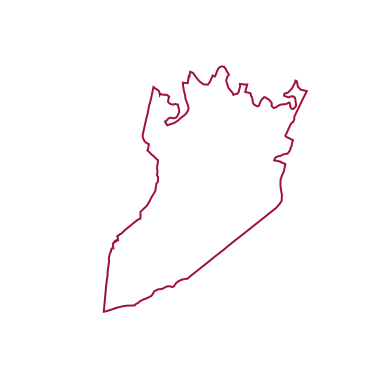 Calui, Olt, Romania (Robinson projection), rotated 298°
{"feature_id": "2599482B47257353667324", "entity_name": "Calui", "entity_type": "district", "adm_level": 2, "iso_a3": "ROU", "parent_name": "Romania", "parent_adm1": "Olt", "projection": "robinson", "projection_center": [24.053, 44.456], "detail": "fine", "context": "isolated", "style": "outline", "palette": "rose", "viewbox_px": 384, "rotation_deg": 298, "n_neighbors": 0, "source": "geoboundaries", "source_scale": "gbopen_adm2", "svg_char_len": 6076}
<svg xmlns="http://www.w3.org/2000/svg" viewBox="0 0 384 384"><g transform="rotate(298 192 192)"><path d="M335.0,246.0L333.4,239.8L334.7,236.1L339.1,232.4L338.9,231.0L337.4,231.6L333.9,231.7L330.4,231.6L327.1,230.8L325.3,230.2L324.1,229.4L322.7,227.8L321.9,227.4L320.4,228.0L320.2,228.3L320.5,230.3L320.6,231.4L320.7,232.0L320.9,232.7L321.3,233.3L322.9,234.6L323.5,235.2L324.0,237.3L323.7,237.9L323.6,238.5L323.1,239.1L317.4,243.3L315.4,243.3L313.2,242.6L312.6,242.2L312.4,241.5L312.4,240.9L312.8,239.6L313.1,239.1L314.1,238.2L315.2,237.6L316.0,236.9L316.3,236.4L316.7,236.1L316.6,235.7L315.9,235.2L315.1,234.6L314.3,234.2L313.6,233.6L312.7,232.0L310.9,229.4L309.7,228.4L308.1,227.3L307.2,227.0L305.4,225.7L304.5,224.7L305.2,222.1L308.2,220.4L308.5,219.2L309.3,218.0L309.5,216.7L309.8,215.9L309.8,215.6L309.7,214.5L309.7,213.7L310.1,212.9L310.1,212.4L309.9,212.0L309.5,211.2L309.1,211.0L307.3,210.5L306.2,210.1L303.5,210.1L300.4,210.5L299.1,210.4L298.7,210.0L298.4,209.5L298.3,208.7L298.3,205.7L298.9,204.9L299.4,203.9L300.3,203.3L300.6,203.0L303.2,201.1L303.9,200.4L304.4,199.3L304.7,198.9L305.4,198.3L306.6,197.5L306.6,196.8L305.3,192.0L312.8,190.3L311.9,188.6L311.5,187.8L310.6,185.2L309.8,183.6L308.4,184.6L307.3,185.0L305.5,185.4L302.5,186.2L301.6,186.2L300.9,186.1L300.2,185.9L299.5,185.4L298.8,184.4L297.2,182.9L297.7,182.5L298.4,181.6L301.2,175.0L302.1,174.1L305.6,170.7L306.4,170.0L306.9,169.7L307.5,169.5L308.8,169.4L310.5,169.0L312.5,169.6L313.2,169.2L313.5,168.8L314.5,166.7L316.0,164.7L316.8,163.3L317.3,162.5L317.4,161.9L317.4,161.4L317.4,160.9L317.2,160.2L316.9,159.5L316.6,158.9L315.3,158.0L314.5,157.6L313.9,157.4L310.3,157.3L309.8,157.4L308.4,157.7L305.5,158.0L304.6,157.9L304.6,155.6L297.8,156.1L294.2,155.6L292.4,151.4L293.3,146.4L294.4,143.5L297.6,137.0L297.4,134.0L292.7,135.5L292.7,134.8L286.1,137.1L284.2,132.6L280.7,134.9L278.2,136.8L276.2,138.6L274.8,139.9L272.9,141.4L271.6,142.2L266.5,147.8L264.6,149.5L263.2,150.0L261.1,150.2L259.0,150.1L257.2,149.7L252.6,147.5L248.5,146.1L244.6,143.9L241.8,141.1L239.5,139.2L239.4,138.5L240.1,137.4L240.8,136.2L241.6,135.1L242.4,135.7L243.1,136.0L244.1,136.3L244.9,136.4L246.0,136.8L247.4,137.8L247.6,138.4L248.3,140.8L248.5,141.3L249.4,142.2L250.6,143.1L251.5,143.4L252.8,143.4L256.0,143.3L256.9,143.0L258.8,141.8L261.9,138.9L262.5,138.5L262.3,138.2L262.0,136.1L260.8,134.9L260.1,133.6L259.7,132.5L259.6,130.9L260.1,129.1L260.8,128.2L262.1,127.8L265.5,127.1L265.7,125.5L266.0,124.7L265.7,123.3L265.1,122.4L264.5,121.3L263.9,119.1L263.8,118.2L263.7,118.0L263.4,117.9L262.9,117.9L263.2,117.7L264.0,116.8L264.9,116.3L265.6,115.3L266.0,113.8L266.0,113.2L266.1,112.6L266.1,111.7L266.1,111.0L266.3,110.5L266.6,108.7L254.5,112.2L253.6,112.3L251.3,113.0L248.9,113.4L245.5,114.3L244.1,114.9L241.6,115.7L235.7,117.1L219.8,121.5L218.3,122.1L217.4,122.8L216.3,123.9L215.1,125.4L214.4,126.6L214.1,127.5L213.9,130.3L214.0,131.4L213.4,131.7L210.2,132.7L209.1,133.1L208.2,133.1L207.8,133.1L207.4,134.8L206.8,136.5L206.0,139.4L206.0,139.9L205.7,140.8L205.5,141.7L204.4,145.4L204.1,146.9L204.0,147.1L203.6,147.3L201.1,148.4L199.3,148.8L197.2,149.6L196.6,150.0L195.8,150.4L195.5,150.8L194.3,151.6L192.6,152.4L190.8,152.9L190.4,153.2L190.1,153.6L189.9,153.9L189.6,154.7L189.1,155.2L187.9,155.6L187.4,156.0L186.5,156.5L185.1,157.0L184.6,157.0L184.2,157.0L183.1,156.6L182.8,156.6L180.5,157.5L178.5,158.0L177.6,158.5L176.0,159.0L173.2,159.1L170.1,158.8L167.5,158.7L166.1,158.8L164.1,158.8L163.2,159.0L162.9,158.9L162.1,158.6L160.4,158.8L159.5,158.7L158.8,158.6L156.5,157.9L154.3,157.1L152.0,156.4L150.6,155.9L149.4,156.2L146.9,157.7L144.7,158.6L144.1,158.9L144.0,158.7L143.4,158.2L142.0,157.2L141.1,156.7L135.7,154.3L133.9,153.8L130.6,152.2L125.9,150.3L123.8,149.7L122.1,149.1L121.5,148.7L121.1,148.2L119.8,147.9L119.2,147.7L118.5,146.8L117.9,146.8L117.6,147.0L115.4,149.0L114.6,149.5L114.4,149.4L114.4,149.2L114.4,148.8L114.2,148.2L113.9,147.8L113.5,147.7L112.7,148.1L112.4,147.9L112.3,147.5L112.3,147.0L112.3,146.8L111.9,146.8L111.7,147.2L111.4,147.2L111.0,147.0L110.5,146.9L110.4,146.7L110.1,146.5L109.1,146.6L108.3,146.9L107.0,147.8L105.3,149.1L105.2,148.9L105.1,148.2L104.9,147.9L104.5,147.7L104.0,147.6L102.1,148.0L101.5,148.3L99.0,148.5L97.9,148.7L94.8,149.6L93.9,149.9L93.4,150.6L88.8,152.5L86.1,153.4L81.4,155.2L79.2,156.3L78.4,156.8L77.0,157.2L70.9,159.4L68.0,160.6L44.9,170.3L45.3,170.9L46.1,171.8L47.4,173.2L52.6,178.2L53.3,178.9L53.5,178.8L58.7,184.6L59.8,186.0L60.9,187.7L61.4,188.4L62.3,190.1L62.6,190.7L64.3,193.5L64.5,194.0L65.2,194.8L66.1,194.9L67.1,195.2L68.3,196.2L68.8,196.5L70.9,197.3L71.8,197.8L74.6,199.8L75.2,200.3L75.7,200.9L76.9,201.8L78.4,203.1L79.8,203.8L80.0,203.9L80.8,204.8L81.4,204.9L81.8,205.1L82.9,205.1L84.9,205.4L85.4,205.1L86.0,205.1L87.5,205.7L87.9,206.3L88.8,207.0L89.7,207.3L91.5,209.7L91.7,210.4L92.3,211.0L92.8,211.3L93.5,212.0L93.8,212.1L94.8,212.7L96.4,213.8L97.3,214.9L98.4,216.7L98.8,219.0L99.2,219.6L99.8,220.1L100.2,220.3L103.2,220.6L103.7,220.7L104.6,220.8L105.0,221.0L105.5,221.5L105.9,221.7L106.4,221.9L106.9,221.9L107.2,222.1L108.3,223.1L109.0,223.5L110.0,224.3L111.4,226.2L112.1,226.8L112.9,228.0L113.2,228.7L117.1,230.1L135.5,238.2L145.7,242.5L150.7,244.8L157.8,247.9L159.2,248.3L165.6,251.1L170.6,253.2L172.8,254.3L186.2,260.2L193.4,263.3L211.8,271.3L217.4,273.7L218.6,274.0L222.4,274.9L224.6,275.2L225.9,275.3L227.0,275.0L231.7,272.7L232.7,272.0L234.7,270.3L237.9,268.0L239.2,267.1L240.4,266.4L244.3,264.5L245.2,264.3L248.8,263.7L253.5,263.4L260.5,261.3L260.0,256.1L260.3,256.0L260.1,254.8L258.5,249.7L258.9,249.6L260.8,249.4L261.6,249.6L262.5,250.1L263.7,251.0L265.3,253.1L266.3,253.8L267.5,254.6L268.4,255.4L269.4,256.4L270.5,258.1L270.8,258.4L272.7,258.6L274.5,259.0L275.1,259.0L276.9,258.4L277.4,258.3L278.5,258.4L280.0,258.1L282.7,257.3L283.9,257.0L284.7,257.0L285.1,256.8L285.2,256.5L285.0,249.1L285.4,248.0L286.0,247.9L288.7,247.9L296.2,247.4L298.4,247.4L299.1,247.4L300.5,248.0L301.4,248.3L302.0,248.4L303.2,248.3L304.1,248.2L304.8,247.9L305.9,247.2L306.4,247.0L319.5,246.5L325.4,246.2L331.9,246.1L335.0,246.0Z" fill="none" stroke="#9f1239" stroke-width="2"/></g></svg>